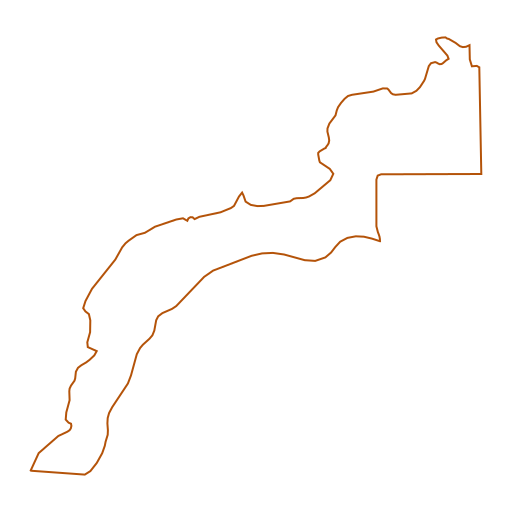 the Province of Zamboanga del Norte
{"feature_id": "PHL-2520", "entity_name": "Zamboanga del Norte", "entity_type": "Province", "adm_level": 1, "iso_a3": "PHL", "parent_name": "Philippines", "parent_adm1": "", "projection": "mercator", "projection_center": [122.74, 7.933], "detail": "fine", "context": "isolated", "style": "outline", "palette": "amber", "viewbox_px": 512, "rotation_deg": 0, "n_neighbors": 0, "source": "natural_earth", "source_scale": "10m", "svg_char_len": 2323}
<svg xmlns="http://www.w3.org/2000/svg" viewBox="0 0 512 512"><path d="M30.7,470.5L38.7,453.1L58.3,436.0L67.4,431.7L69.6,430.2L70.8,428.4L71.4,425.9L71.0,423.7L68.6,422.7L65.7,419.6L66.3,412.4L69.6,400.2L69.3,391.3L69.6,388.6L71.0,385.6L74.5,380.7L75.2,378.3L75.9,371.7L78.0,367.8L81.4,365.2L86.2,362.4L89.5,359.9L94.3,355.4L96.7,351.1L87.8,347.1L87.3,342.3L90.1,332.2L90.3,320.4L88.9,314.1L85.4,311.4L83.2,308.2L85.5,301.0L92.0,288.8L115.3,259.6L122.2,247.3L125.5,243.3L128.6,240.7L136.5,235.1L144.9,232.8L155.0,226.7L176.3,219.5L183.0,218.3L187.3,220.8L188.4,218.4L190.4,217.2L192.6,217.3L194.6,219.1L199.4,216.8L220.5,212.3L231.0,208.0L234.0,205.9L239.0,196.5L242.1,192.6L243.5,195.5L245.6,201.6L250.8,204.9L257.4,206.1L263.8,205.9L290.1,201.4L293.7,198.8L296.7,198.2L303.2,198.0L306.1,197.5L309.0,196.5L314.7,193.3L330.3,180.2L333.3,173.8L329.8,168.9L319.9,162.3L319.3,160.5L318.2,154.5L318.2,152.9L319.6,151.4L324.6,148.4L325.6,148.1L326.2,146.8L327.4,145.3L328.6,143.4L329.2,140.5L328.8,137.4L327.4,131.6L327.5,128.4L329.4,123.5L335.5,115.4L336.8,110.3L338.1,107.1L341.1,102.8L344.7,98.7L348.0,96.0L352.0,94.8L373.4,91.6L382.8,88.4L387.2,88.5L388.4,89.5L391.1,93.1L392.9,94.3L395.6,94.8L411.7,93.4L416.4,90.8L419.9,87.2L424.1,80.8L425.0,78.9L428.8,66.1L431.0,63.2L435.1,62.1L436.6,62.6L438.1,63.5L439.6,64.2L441.6,64.0L442.9,63.2L446.2,60.3L448.6,58.8L447.4,55.6L438.7,45.5L436.5,42.3L436.0,39.5L437.9,38.5L441.7,37.6L445.5,37.4L447.2,38.6L448.7,38.9L455.6,42.9L459.9,46.2L462.8,47.1L466.0,46.8L469.5,45.2L469.8,59.4L471.9,66.3L476.8,65.9L478.5,66.9L479.3,67.3L481.3,174.0L481.2,174.0L381.1,174.3L377.7,175.6L376.4,179.6L376.4,226.3L377.9,232.2L378.8,234.5L379.5,236.7L379.9,239.0L380.0,241.2L379.9,241.2L371.9,238.6L363.9,236.7L355.8,236.3L347.4,237.9L340.2,241.7L335.4,246.9L331.1,252.5L325.4,257.4L315.2,260.9L306.6,260.3L304.8,260.2L284.1,254.5L272.9,252.9L262.1,253.4L251.6,255.8L213.1,270.6L210.0,272.8L204.2,276.8L176.2,306.1L172.0,308.9L162.4,313.1L158.2,316.3L156.2,320.2L154.3,330.6L152.4,335.3L149.5,338.7L142.9,344.7L140.1,348.0L136.8,354.2L131.0,375.4L127.9,383.5L112.3,407.0L109.1,413.0L107.7,418.0L107.4,423.4L107.9,430.3L107.7,434.8L105.6,441.7L104.8,445.8L102.2,453.2L96.8,462.9L90.3,471.2L89.9,471.4L84.8,474.6L31.9,470.8L30.8,470.6L30.7,470.5Z" fill="none" stroke="#b45309" stroke-width="2"/></svg>